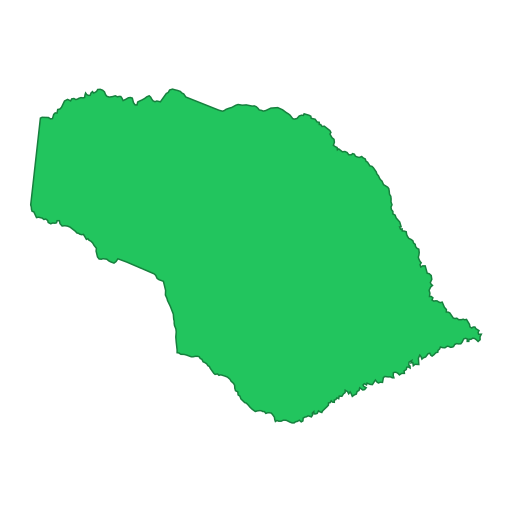 the district of Jaraguari, Mato Grosso do Sul, Brazil
{"feature_id": "56859067B2748289037415", "entity_name": "Jaraguari", "entity_type": "district", "adm_level": 2, "iso_a3": "BRA", "parent_name": "Brazil", "parent_adm1": "Mato Grosso do Sul", "projection": "equal_earth", "projection_center": [-54.287, -20.248], "detail": "fine", "context": "isolated", "style": "filled", "palette": "green", "viewbox_px": 512, "rotation_deg": 0, "n_neighbors": 0, "source": "geoboundaries", "source_scale": "gbopen_adm2", "svg_char_len": 6008}
<svg xmlns="http://www.w3.org/2000/svg" viewBox="0 0 512 512"><path d="M218.9,110.2L185.8,97.0L183.7,93.9L182.0,93.1L180.3,91.4L177.4,90.4L174.9,89.8L172.5,89.1L169.6,90.0L168.2,92.5L166.3,93.5L160.4,101.8L156.8,101.0L155.0,101.7L153.1,100.9L151.9,99.4L150.7,97.2L149.2,95.8L146.8,96.8L144.6,98.5L141.9,100.0L139.2,101.2L137.7,102.0L137.0,104.9L135.1,104.9L133.5,102.7L132.3,98.1L130.3,97.5L128.3,97.8L126.0,99.2L123.1,100.6L122.1,98.4L120.8,96.5L119.1,96.4L117.6,96.9L115.3,95.8L112.6,96.6L109.2,97.1L106.7,96.2L105.4,94.3L104.5,91.9L102.6,90.2L100.2,89.3L97.7,89.5L96.7,91.2L95.3,92.3L93.5,93.0L92.5,91.6L91.0,93.0L90.1,95.4L88.6,95.4L86.8,94.7L85.6,93.0L85.0,94.9L84.6,97.5L83.0,97.9L81.0,97.6L78.8,98.3L77.2,99.3L75.6,99.5L73.9,98.5L71.7,98.9L70.6,100.9L67.6,99.4L64.5,101.0L61.5,107.3L59.8,109.1L57.7,109.5L57.0,113.1L55.2,112.9L53.7,114.4L52.5,118.6L50.5,118.9L48.4,117.5L42.1,117.3L40.4,118.1L30.7,204.9L31.3,207.0L31.5,209.4L32.1,211.3L33.8,211.8L36.5,217.6L38.5,217.2L42.2,218.1L43.9,219.5L45.7,219.0L47.7,220.5L48.2,222.5L50.8,223.8L52.6,223.0L54.9,223.2L56.5,222.8L57.1,220.7L59.4,220.7L60.0,223.6L62.1,226.0L64.8,225.7L67.5,226.1L70.0,227.1L75.3,231.2L76.9,233.0L78.5,233.3L79.8,234.2L81.8,234.7L83.4,234.4L84.9,236.8L86.4,239.4L87.9,238.7L88.9,240.1L90.9,241.2L92.7,243.0L94.0,245.3L96.4,248.3L96.1,251.1L97.5,256.9L99.1,259.0L101.5,259.2L102.9,258.7L106.8,259.2L108.8,260.9L110.7,261.9L114.0,263.1L116.0,261.6L117.9,258.8L126.8,262.1L154.2,273.9L155.7,275.3L157.1,278.4L159.0,279.7L163.4,281.3L165.6,290.4L165.4,295.0L167.0,298.5L167.5,300.5L170.3,306.3L173.3,314.1L173.7,319.1L174.2,321.0L174.2,323.4L174.5,325.5L175.9,329.0L176.2,332.0L175.8,337.0L176.2,341.9L177.1,349.9L177.1,352.7L178.7,352.9L180.9,354.3L184.1,354.4L186.4,355.0L191.3,356.8L193.0,356.8L195.3,356.3L197.7,356.3L199.3,356.8L200.2,358.5L201.9,359.3L203.1,361.8L204.9,362.6L206.7,363.8L207.9,365.7L209.4,366.5L210.3,368.4L213.8,373.3L215.1,374.4L217.5,373.9L218.9,375.3L220.8,374.8L224.7,376.0L227.5,377.1L230.1,379.4L231.0,381.1L233.6,383.5L234.6,385.3L234.8,388.2L235.5,390.7L237.8,391.9L238.1,394.9L239.9,396.1L240.9,398.9L244.7,402.6L246.3,403.1L248.3,405.1L250.0,407.2L252.1,409.2L255.3,411.5L257.3,410.9L259.5,410.6L261.3,410.7L262.7,411.5L264.4,411.6L265.8,413.4L267.5,412.8L269.2,412.7L271.3,413.1L272.8,414.9L274.4,417.2L274.7,419.5L275.4,421.5L276.9,420.5L278.7,421.2L281.1,421.2L283.3,420.2L285.0,420.2L286.5,420.4L289.9,422.1L292.0,422.9L294.2,422.9L295.5,421.8L297.4,421.4L299.3,420.2L301.2,421.9L302.9,420.9L303.2,418.1L304.8,417.1L306.4,416.8L308.2,415.8L311.4,416.9L312.5,415.1L312.3,413.1L313.8,411.6L314.0,413.9L315.6,413.9L317.2,413.4L318.5,410.9L319.8,411.8L321.8,412.5L322.7,410.8L326.8,406.9L328.4,405.2L328.5,402.9L330.1,402.7L331.2,400.8L332.4,402.1L334.3,402.3L334.3,400.0L335.8,399.6L336.9,397.8L338.7,398.7L339.2,396.1L341.9,396.3L343.5,393.8L345.1,392.6L345.2,390.2L347.6,391.7L348.7,393.8L350.1,391.9L351.2,393.7L352.3,396.4L354.5,394.8L356.3,394.1L357.1,391.5L359.0,390.5L359.7,387.8L362.8,390.0L364.6,389.6L366.2,387.7L363.9,386.5L363.0,385.0L364.3,383.7L366.5,384.9L367.0,383.1L370.2,384.4L372.4,384.6L375.4,380.0L376.8,381.9L378.4,383.0L380.3,382.2L382.5,382.4L383.4,377.6L384.8,376.5L388.3,376.9L390.3,376.8L392.3,377.8L393.9,377.8L393.2,375.5L393.4,372.7L395.0,372.2L396.6,372.5L398.0,373.4L399.4,374.9L401.7,373.4L404.4,373.4L404.1,370.9L406.3,369.5L406.7,367.3L408.2,366.9L410.1,368.0L410.0,366.0L408.7,364.9L409.1,362.1L411.8,360.5L411.0,362.9L412.8,362.6L413.3,365.7L415.0,364.3L418.8,364.5L418.4,358.2L419.8,355.1L421.1,356.8L421.9,359.1L423.4,357.8L425.6,357.0L428.1,353.7L429.8,353.2L430.7,355.1L432.1,356.1L434.1,354.6L435.7,352.8L437.8,352.2L438.0,350.4L439.6,349.0L440.4,347.0L442.3,347.6L444.9,347.8L447.3,346.2L449.0,346.5L450.4,347.3L451.9,347.2L453.5,346.6L454.7,344.5L456.6,343.6L458.5,343.9L460.8,343.8L462.1,342.2L463.7,338.9L465.7,338.3L467.3,339.0L467.2,341.4L468.8,341.4L469.0,339.3L471.0,339.3L472.8,338.2L474.6,338.5L476.3,339.7L478.1,341.5L480.1,339.7L480.0,336.8L481.3,334.2L478.6,334.3L478.1,332.4L479.0,330.6L475.9,328.7L474.9,327.0L473.2,327.0L471.7,328.0L469.9,326.8L469.5,324.4L466.5,319.4L464.7,319.8L463.2,319.2L461.4,319.7L458.7,319.7L456.8,318.2L455.0,318.5L453.3,318.1L449.8,312.9L448.4,312.2L446.3,312.0L446.4,309.5L444.4,307.3L442.2,302.1L440.2,302.6L438.4,301.8L437.1,300.9L435.6,300.8L433.7,301.1L432.0,300.0L432.9,297.8L431.3,296.5L429.5,296.5L429.9,293.2L429.1,290.3L430.6,287.1L432.5,285.4L431.1,284.2L430.3,282.6L431.8,279.3L431.2,275.5L429.2,273.7L427.2,273.2L425.2,265.9L422.6,265.9L420.8,267.0L420.0,264.6L421.2,262.8L420.0,261.4L418.8,258.9L418.3,257.1L418.9,255.1L419.2,252.5L418.8,249.2L416.7,248.1L415.5,246.4L415.2,244.3L413.6,243.1L412.8,240.7L410.8,239.3L408.8,238.4L407.5,236.4L406.7,234.7L406.2,231.7L404.3,231.1L402.2,230.9L402.1,228.9L400.5,229.2L399.6,226.9L401.1,226.7L399.7,222.0L396.1,217.9L395.1,215.1L392.9,213.9L392.9,211.4L391.4,209.6L391.0,207.0L392.0,204.8L391.0,201.9L391.1,199.0L390.8,196.3L389.5,194.2L389.2,191.0L388.8,188.7L387.7,187.2L383.5,184.6L382.0,181.1L380.7,179.9L379.6,178.4L378.5,175.9L376.8,173.8L376.3,172.0L373.4,167.8L372.0,166.4L369.9,165.9L367.5,162.1L366.1,161.4L365.2,158.9L363.3,158.0L361.7,156.5L359.5,157.4L357.9,157.2L355.4,156.2L354.4,154.2L352.6,153.6L351.3,154.8L348.8,154.8L347.1,152.5L344.9,151.5L342.4,151.8L338.7,148.9L337.4,149.9L337.1,147.5L335.1,146.6L333.4,145.3L334.4,142.2L334.0,139.3L332.0,137.7L329.9,134.0L330.9,132.5L329.9,130.6L324.3,126.2L322.0,126.5L320.7,124.5L319.3,124.4L319.2,122.3L317.1,122.0L315.1,119.2L311.2,118.3L310.8,116.2L308.9,115.2L304.1,113.8L303.4,115.4L301.5,115.2L299.2,116.0L297.0,118.5L294.2,119.1L292.7,118.6L290.0,115.1L288.3,113.8L286.0,112.4L282.6,109.8L277.7,107.6L270.9,108.1L265.6,110.6L263.2,111.1L261.6,110.4L259.3,110.0L257.8,108.1L256.2,106.7L254.3,105.9L252.2,106.1L246.3,104.9L242.2,105.2L238.1,104.5L235.9,105.2L231.7,107.5L229.4,108.1L226.1,109.3L224.2,110.6L222.5,111.2L218.9,110.2Z" fill="#22c55e" stroke="#15803d" stroke-width="1.5"/></svg>